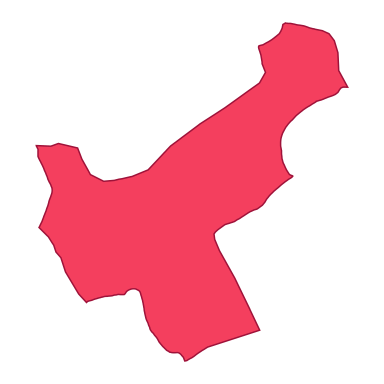 Lawdar, Abyan, Yemen
{"feature_id": "15242507B88557001231936", "entity_name": "Lawdar", "entity_type": "district", "adm_level": 2, "iso_a3": "YEM", "parent_name": "Yemen", "parent_adm1": "Abyan", "projection": "robinson", "projection_center": [45.821, 13.812], "detail": "fine", "context": "isolated", "style": "filled", "palette": "rose", "viewbox_px": 384, "rotation_deg": 0, "n_neighbors": 0, "source": "geoboundaries", "source_scale": "gbopen_adm2", "svg_char_len": 5721}
<svg xmlns="http://www.w3.org/2000/svg" viewBox="0 0 384 384"><path d="M39.0,227.5L47.1,235.6L48.3,236.7L52.4,243.2L53.7,245.1L53.8,245.4L56.0,252.1L60.9,257.7L65.5,271.9L78.7,294.0L86.5,302.5L87.5,301.5L88.5,301.1L89.6,300.8L90.9,300.5L92.0,300.2L93.2,299.7L94.5,299.2L95.9,298.8L97.0,298.5L98.2,298.1L99.3,297.8L100.4,297.6L101.5,297.2L102.7,297.0L103.9,296.6L105.0,296.4L106.2,296.3L107.3,296.3L108.4,296.1L109.9,296.0L111.1,295.9L112.4,295.7L113.6,295.3L114.7,295.0L115.9,295.0L117.0,294.7L118.3,294.4L119.5,294.5L120.7,294.6L122.0,294.6L123.2,294.6L124.3,294.5L125.2,293.6L125.8,292.6L126.5,291.6L127.4,290.8L128.5,290.1L129.6,289.6L130.7,289.2L131.9,288.9L133.1,288.8L134.3,288.8L135.5,288.9L136.6,289.4L137.8,290.0L138.9,290.6L139.7,291.4L140.3,292.6L140.7,293.9L141.0,295.2L141.5,296.6L141.8,297.9L142.2,299.2L142.6,300.6L142.8,301.8L143.1,303.0L143.3,304.3L143.6,305.8L143.8,307.0L144.1,308.6L144.2,310.1L144.4,311.3L144.7,312.5L144.9,313.7L145.2,315.0L145.5,316.3L145.8,317.6L146.1,318.8L146.6,320.1L147.1,321.2L147.7,322.4L148.2,323.6L148.5,324.8L149.0,326.0L149.6,327.2L149.9,328.5L150.3,329.7L151.0,330.7L151.7,331.8L152.6,332.6L153.6,333.7L154.2,334.7L155.0,335.7L155.9,336.7L156.6,337.6L157.3,338.6L157.9,339.7L158.5,340.8L159.1,342.0L159.9,343.0L160.6,343.9L161.5,344.9L162.2,345.8L163.1,346.8L164.0,347.6L164.8,348.5L165.7,349.3L166.5,350.2L167.5,350.8L168.6,351.3L169.5,352.1L170.6,352.3L171.8,352.6L172.9,352.7L174.2,352.7L175.4,352.7L176.7,352.6L177.9,352.6L179.1,353.0L180.1,353.7L181.0,354.5L181.8,355.6L182.6,356.4L183.4,357.4L183.9,358.6L184.3,359.8L184.8,361.0L185.9,360.8L187.0,360.5L188.0,359.8L189.4,359.0L190.4,358.4L191.6,357.9L192.6,357.2L193.6,356.6L194.5,355.9L195.5,355.1L196.4,354.4L197.5,353.6L198.5,352.9L199.7,352.1L200.8,351.4L201.9,350.6L203.3,349.8L204.3,349.2L205.4,348.5L206.5,347.8L207.6,347.1L259.7,330.2L250.1,310.0L249.7,309.0L238.4,285.7L234.8,278.2L219.5,250.8L214.7,239.4L214.0,234.0L215.4,232.0L217.9,229.7L224.8,224.7L225.0,224.6L226.1,224.2L227.4,223.8L228.5,223.5L229.8,223.1L230.9,222.7L232.0,222.4L233.1,222.0L234.3,221.6L235.3,221.0L236.7,220.0L237.8,219.4L238.9,218.9L239.9,218.3L240.9,217.6L241.8,217.0L242.9,216.3L244.0,215.6L245.2,214.8L246.1,214.2L247.2,213.5L248.1,212.9L249.1,212.3L250.1,211.7L251.5,211.1L252.6,210.6L253.8,210.0L254.8,209.7L255.9,209.4L257.1,209.0L257.3,208.9L262.4,205.2L265.0,202.0L265.7,200.7L266.4,199.5L267.1,198.5L268.0,197.5L268.8,196.4L269.9,195.2L270.7,194.3L271.6,193.5L272.6,192.5L273.5,191.6L274.3,190.8L275.3,190.0L276.2,189.2L277.2,188.4L278.3,187.5L279.4,186.5L280.3,185.7L281.2,184.9L282.3,184.0L283.2,183.3L284.1,182.6L285.1,181.8L286.4,180.9L287.5,180.1L288.4,179.4L289.6,178.7L290.6,178.1L291.7,177.4L292.5,176.5L292.8,176.1L292.6,175.9L292.1,175.8L292.0,175.6L291.9,175.6L290.1,174.9L289.2,174.2L288.3,172.8L286.6,170.1L285.4,167.7L284.4,165.4L284.3,165.1L283.6,163.8L283.1,162.7L282.7,161.3L282.4,160.0L282.0,158.7L281.9,157.5L281.8,156.1L281.6,154.9L281.5,153.4L281.5,152.0L281.5,150.6L281.2,149.3L281.0,148.0L280.7,146.6L280.6,145.2L280.6,143.7L280.6,142.3L280.7,140.8L280.8,139.6L281.0,138.4L281.3,137.2L281.7,135.8L282.2,134.3L282.6,133.2L283.2,132.0L283.8,130.9L284.5,129.5L285.1,128.5L285.8,127.2L286.6,126.2L287.4,125.1L288.4,123.8L289.4,122.7L290.2,121.8L291.1,120.9L292.3,119.9L293.2,118.9L294.0,118.0L295.0,116.9L296.0,115.8L297.0,114.9L298.0,114.1L299.3,113.0L300.4,112.1L301.3,111.4L302.2,110.7L303.4,109.7L304.6,108.9L305.9,108.0L307.0,107.3L308.1,106.6L309.3,106.0L310.4,105.3L311.6,104.5L312.6,103.8L313.6,103.3L314.7,102.6L316.0,101.8L316.2,101.3L316.8,101.2L317.9,100.9L319.1,100.5L320.2,100.2L321.3,99.9L322.6,99.4L323.7,99.0L324.7,98.5L325.8,98.1L327.0,97.6L328.2,97.1L329.4,96.7L330.7,96.3L331.8,95.9L332.9,95.5L334.0,95.0L335.1,94.5L336.1,93.8L337.0,93.1L337.9,92.4L338.6,91.3L339.2,90.2L340.1,89.0L340.9,88.0L342.0,87.5L343.1,87.1L344.3,87.1L345.4,87.1L346.6,87.2L347.7,87.2L338.7,70.6L338.6,68.0L337.9,52.7L334.3,40.7L329.1,33.8L322.4,30.7L314.9,29.2L314.1,28.9L312.7,28.7L311.6,28.4L310.4,28.1L309.2,27.8L307.8,27.2L306.6,26.8L305.5,26.4L304.3,26.0L302.9,25.7L301.7,25.5L300.5,25.3L299.1,25.1L298.0,25.0L296.8,24.8L295.3,24.4L294.0,24.1L293.4,24.0L292.8,23.9L291.5,23.6L290.2,23.4L289.0,23.4L287.9,23.4L286.9,23.2L286.7,23.2L285.6,23.2L285.4,23.0L282.9,24.5L282.2,28.0L282.1,28.3L280.8,31.2L279.3,33.7L276.2,36.3L271.8,39.7L268.6,41.7L266.3,42.9L263.0,44.8L260.0,45.5L258.9,45.9L258.6,46.6L258.6,47.6L258.9,48.9L259.8,51.5L260.9,55.0L262.1,62.1L262.1,63.8L262.6,65.0L265.5,72.4L259.5,83.0L250.1,89.7L249.8,89.9L242.6,95.1L231.9,102.8L224.9,107.8L223.2,108.9L215.4,114.0L199.9,124.0L198.4,125.2L187.7,133.2L186.1,134.4L183.0,136.7L178.9,139.8L170.6,146.0L166.8,150.0L165.3,151.7L164.6,152.3L163.7,153.3L158.2,159.2L148.1,169.9L131.8,176.6L131.3,176.6L121.8,178.8L119.0,179.2L114.3,180.4L103.7,181.3L90.4,174.6L87.8,169.8L81.9,159.2L81.7,158.7L77.6,148.0L63.6,144.7L58.4,143.5L50.9,146.2L36.3,145.6L36.4,146.1L36.9,147.0L38.1,149.5L38.0,150.6L38.0,150.9L38.0,152.4L38.0,153.7L38.0,155.1L38.0,156.4L38.5,157.7L39.2,159.1L39.7,160.2L40.5,161.6L41.2,163.1L41.9,164.4L42.5,165.6L42.9,166.5L43.0,166.7L43.6,168.0L44.1,169.3L44.5,170.5L45.2,171.9L45.8,173.3L46.1,174.1L46.2,174.5L46.7,175.6L47.2,176.8L47.6,178.1L48.0,179.5L48.6,180.6L49.1,181.8L49.8,183.0L50.4,184.1L50.9,185.2L51.3,186.5L51.9,187.7L52.1,189.0L52.2,190.3L52.1,191.7L51.9,193.0L51.5,194.3L51.1,195.4L50.7,196.7L49.9,198.7L49.4,200.1L49.0,201.3L48.7,202.8L48.3,204.2L47.9,205.6L47.5,206.7L47.0,207.9L46.5,209.4L46.1,210.8L45.6,212.0L45.0,213.5L44.4,215.1L43.9,216.2L43.5,217.5L42.9,219.0L42.5,220.1L42.0,221.5L41.4,222.7L40.8,223.9L40.2,225.1L39.7,226.3L39.0,227.5L39.0,227.5Z" fill="#f43f5e" stroke="#9f1239" stroke-width="1.5"/></svg>